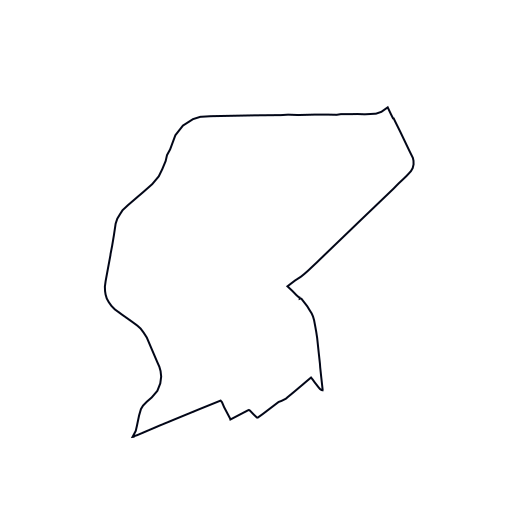 Agege, Lagos, Nigeria, rotated 68°
{"feature_id": "59680162B37327775180775", "entity_name": "Agege", "entity_type": "district", "adm_level": 2, "iso_a3": "NGA", "parent_name": "Nigeria", "parent_adm1": "Lagos", "projection": "albers", "projection_center": [3.32, 6.625], "detail": "fine", "context": "isolated", "style": "outline", "palette": "ink", "viewbox_px": 512, "rotation_deg": 68, "n_neighbors": 0, "source": "geoboundaries", "source_scale": "gbopen_adm2", "svg_char_len": 1983}
<svg xmlns="http://www.w3.org/2000/svg" viewBox="0 0 512 512"><g transform="rotate(68 256 256)"><path d="M243.6,409.8L248.2,408.7L252.6,406.9L259.7,402.5L270.6,395.5L276.1,392.1L280.0,390.2L284.9,388.9L290.7,387.8L301.7,387.6L317.0,387.3L322.5,387.1L327.0,387.6L332.3,389.1L338.3,392.5L344.1,398.0L348.1,405.7L350.2,411.8L352.4,416.8L354.8,420.0L360.0,424.1L369.1,430.2L373.1,433.0L377.5,438.2L377.7,437.5L377.8,437.0L377.4,435.8L377.6,433.4L377.1,409.0L376.8,365.2L376.8,352.4L376.8,343.0L378.8,342.3L384.2,342.2L397.0,340.9L398.0,341.0L397.8,338.8L396.1,321.6L396.1,320.3L396.9,319.6L401.9,317.6L406.1,315.7L406.5,314.9L405.1,309.1L399.8,289.7L399.9,286.6L399.5,281.7L398.7,279.5L396.2,271.5L390.5,254.2L389.3,250.5L391.9,249.7L394.9,249.0L401.2,247.2L403.3,246.5L404.8,245.5L405.4,244.6L404.9,244.3L391.7,240.6L383.3,238.2L379.9,237.1L368.9,234.0L354.9,230.0L349.0,228.6L343.3,227.4L337.3,226.2L333.5,225.8L330.1,225.9L326.2,226.6L321.9,227.3L319.0,228.1L315.5,229.1L312.7,229.9L312.4,230.2L312.0,230.7L312.0,231.5L311.8,231.4L310.7,231.2L310.0,231.9L307.4,233.2L302.2,235.3L295.9,238.2L294.7,233.9L293.3,228.8L292.0,222.0L290.8,218.1L289.4,214.0L286.2,205.8L284.7,201.9L283.2,198.3L262.0,145.6L245.1,103.3L243.5,99.7L242.0,96.2L240.3,91.8L238.1,86.3L235.4,80.6L233.2,77.8L230.1,75.6L226.7,74.3L223.8,73.8L215.8,74.4L195.0,75.7L183.2,76.6L180.0,76.8L179.7,77.4L174.6,77.8L167.5,78.2L169.3,85.7L169.0,91.4L165.4,102.0L162.3,108.9L159.7,115.7L156.3,124.0L155.3,128.3L151.3,137.6L147.0,148.3L141.1,164.1L137.0,173.2L134.9,179.6L125.1,204.5L109.5,245.4L106.1,255.5L105.5,263.1L107.7,274.9L113.8,285.5L125.0,295.7L129.1,300.7L134.1,304.2L140.3,310.3L145.7,316.3L150.5,325.3L153.6,334.1L154.3,336.1L156.9,343.9L160.9,355.7L163.5,362.5L166.2,366.3L169.4,370.6L173.4,374.0L182.2,379.2L183.4,379.9L192.7,385.6L197.8,388.9L199.8,390.2L200.6,390.6L215.5,400.1L222.9,404.8L227.8,407.6L232.0,409.1L235.4,409.9L239.5,410.3L243.6,409.8Z" fill="none" stroke="#020617" stroke-width="2"/></g></svg>